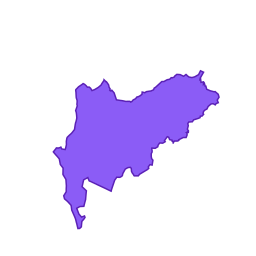 San Juan, Puerto Rico, rotated 239°
{"feature_id": "32010507B17072559885930", "entity_name": "San Juan", "entity_type": "district", "adm_level": 2, "iso_a3": "PRI", "parent_name": "Puerto Rico", "parent_adm1": "", "projection": "natural_earth1", "projection_center": [-66.066, 18.384], "detail": "fine", "context": "isolated", "style": "filled", "palette": "violet", "viewbox_px": 256, "rotation_deg": 239, "n_neighbors": 0, "source": "geoboundaries", "source_scale": "gbopen_adm2", "svg_char_len": 3561}
<svg xmlns="http://www.w3.org/2000/svg" viewBox="0 0 256 256"><g transform="rotate(239 128 128)"><path d="M147.8,56.4L147.7,56.3L146.0,51.7L144.4,51.9L141.5,52.4L141.2,52.5L137.0,53.2L133.7,52.0L131.6,51.2L130.6,51.3L128.9,51.5L127.0,51.7L126.6,51.4L123.9,49.7L123.7,49.6L122.5,48.8L121.6,48.3L118.1,48.3L116.5,48.3L115.9,48.3L110.2,45.4L107.5,43.6L105.7,42.5L105.2,42.2L103.0,38.0L102.3,37.8L100.0,37.1L96.7,38.2L95.6,38.5L94.4,38.7L94.4,38.8L91.3,39.3L91.0,39.4L86.6,37.5L83.4,37.1L81.0,36.8L78.2,36.4L77.7,36.3L77.2,36.2L75.8,35.8L74.7,35.5L74.6,35.4L72.8,34.9L72.7,34.9L69.6,33.9L67.6,33.3L66.8,34.8L67.3,37.1L69.1,38.4L71.1,39.9L71.7,40.3L72.2,41.9L72.3,42.3L72.4,42.5L72.5,42.9L72.6,43.2L73.5,45.1L75.0,45.4L75.6,42.3L79.5,41.6L85.6,42.7L85.6,42.9L85.5,44.8L85.5,46.2L83.6,49.8L86.7,52.9L88.5,54.8L89.5,55.5L94.2,58.9L95.6,60.0L101.3,58.4L101.9,59.0L102.0,59.1L105.5,62.4L106.4,63.3L106.4,63.9L106.3,65.8L106.3,66.0L106.2,67.3L106.2,68.0L105.8,67.9L105.5,67.9L105.4,67.9L104.2,67.7L102.7,67.5L88.6,77.0L83.1,80.6L82.5,81.0L82.7,81.3L83.3,81.7L85.8,84.6L90.2,89.8L90.8,91.3L91.6,93.0L89.9,95.6L89.8,97.8L90.3,98.9L91.5,99.9L94.2,104.5L94.1,107.5L93.1,109.7L91.7,110.0L90.9,109.6L89.1,108.7L87.4,108.5L85.1,108.7L84.2,108.6L83.8,108.7L81.8,112.0L81.7,112.1L82.4,114.3L82.4,123.5L82.8,125.1L84.2,125.3L85.3,127.9L83.8,129.6L87.6,132.8L88.8,132.6L89.6,132.5L91.5,133.2L94.0,134.7L94.6,135.6L95.0,136.3L96.6,137.2L97.8,137.5L98.5,138.1L96.6,140.8L96.6,143.9L97.5,144.6L98.0,145.4L98.8,147.3L98.8,147.5L97.1,150.0L97.1,152.8L98.3,152.7L99.2,154.6L99.3,154.8L100.3,157.2L99.1,158.1L96.6,157.7L94.8,159.5L93.8,159.0L92.8,159.8L91.5,158.5L93.0,160.8L91.2,164.0L91.3,165.3L91.8,165.4L91.4,170.4L89.9,172.9L91.6,175.1L93.4,175.9L93.0,178.0L94.0,176.3L94.3,178.3L96.4,178.3L99.0,180.9L101.0,181.5L101.8,183.2L100.2,186.4L101.2,188.4L100.0,193.4L99.8,195.1L100.9,196.1L100.1,197.6L100.8,199.9L101.8,199.8L103.3,201.3L103.8,203.5L103.6,205.4L105.2,207.8L105.8,211.6L105.0,213.5L102.9,214.7L103.6,216.2L103.2,218.4L106.0,218.9L107.5,221.9L110.5,222.7L114.4,221.4L114.6,220.6L117.5,217.7L120.7,215.4L123.8,216.3L124.1,215.7L127.0,216.5L126.6,215.2L128.7,216.4L129.5,214.1L132.7,215.5L132.6,214.8L133.7,215.8L136.9,221.5L139.7,219.6L137.4,216.0L137.5,211.5L138.3,208.8L140.2,206.6L142.3,205.7L143.2,205.6L144.0,205.3L143.7,202.3L146.9,200.2L148.8,197.5L148.5,195.0L147.9,194.0L148.2,191.8L148.9,191.0L148.3,188.8L149.2,186.5L149.3,184.1L149.3,182.8L150.4,180.9L149.3,175.5L148.7,172.5L148.7,171.0L147.6,169.6L147.9,166.8L149.7,162.5L149.6,160.6L151.5,158.7L149.6,157.2L149.5,155.5L149.4,155.3L149.5,153.0L150.0,151.6L149.2,149.5L149.4,146.9L148.7,144.9L148.9,143.6L149.5,143.5L149.9,143.3L152.0,139.7L153.6,138.0L154.6,136.9L155.5,135.7L158.1,132.6L165.3,134.2L168.7,133.6L168.5,132.5L169.1,132.0L169.8,131.8L170.6,132.8L172.7,132.8L175.0,133.6L178.2,133.4L178.8,133.3L178.8,133.0L181.7,132.3L181.1,131.8L179.4,128.2L178.7,127.1L178.1,123.4L178.1,119.3L178.6,116.4L181.3,116.4L183.1,115.8L183.9,114.2L185.8,113.9L187.8,113.3L189.2,112.4L189.0,111.3L188.9,109.1L188.8,106.9L188.4,105.4L188.2,104.7L187.8,103.1L187.1,102.5L185.4,101.8L184.5,101.3L181.3,99.6L180.5,99.2L177.9,98.6L176.5,97.8L174.6,96.4L174.0,96.2L173.1,95.9L169.9,92.1L167.8,91.6L165.6,90.6L163.0,89.3L162.1,88.5L160.4,86.9L159.5,85.8L158.4,84.8L154.2,81.3L154.0,80.7L152.9,77.9L152.5,76.6L152.0,73.9L151.3,71.1L150.7,70.3L148.4,68.3L145.4,66.6L142.9,64.2L141.9,63.0L144.2,60.4L146.2,60.6L146.2,59.9L146.6,58.2L147.0,57.6L146.9,57.5L147.8,56.4Z" fill="#8b5cf6" stroke="#5b21b6" stroke-width="1.5"/></g></svg>